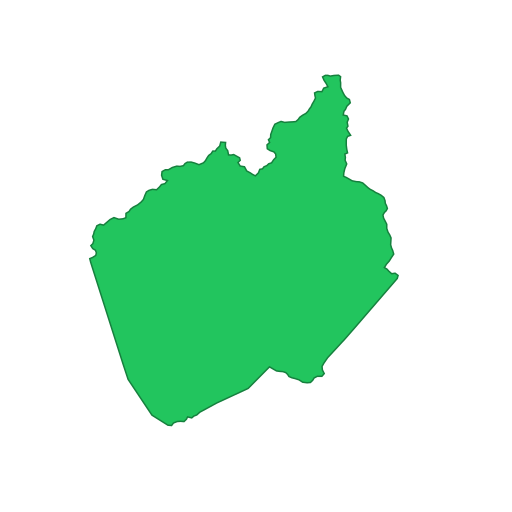 Piritiba, Bahia, Brazil (Albers equal-area conic projection), rotated 316°
{"feature_id": "56859067B29838999059805", "entity_name": "Piritiba", "entity_type": "district", "adm_level": 2, "iso_a3": "BRA", "parent_name": "Brazil", "parent_adm1": "Bahia", "projection": "albers", "projection_center": [-40.538, -11.695], "detail": "fine", "context": "isolated", "style": "filled", "palette": "green", "viewbox_px": 512, "rotation_deg": 316, "n_neighbors": 0, "source": "geoboundaries", "source_scale": "gbopen_adm2", "svg_char_len": 3183}
<svg xmlns="http://www.w3.org/2000/svg" viewBox="0 0 512 512"><g transform="rotate(316 256 256)"><path d="M156.8,125.9L154.4,127.5L152.0,128.5L150.4,132.0L147.2,133.8L144.4,133.8L143.7,137.3L144.5,140.3L143.4,142.8L141.1,144.3L137.3,143.5L134.6,142.4L132.7,145.7L85.4,241.2L78.3,255.9L70.6,298.2L75.1,316.5L77.5,319.3L80.6,318.8L84.3,320.3L86.9,322.5L89.2,325.1L92.6,325.1L95.0,324.2L97.3,327.8L100.2,328.0L103.0,329.2L107.0,329.3L125.5,334.4L158.4,345.8L188.7,345.1L189.7,348.7L190.9,352.9L193.1,355.7L195.0,357.8L196.4,360.5L196.5,363.1L196.0,365.6L197.2,368.5L198.9,371.2L200.9,374.9L201.9,379.2L204.7,382.7L207.3,384.8L210.4,384.8L213.1,384.1L216.5,385.1L219.8,388.3L223.4,388.0L224.6,384.1L226.8,381.3L230.5,380.2L236.9,378.9L248.0,378.3L258.0,377.7L260.7,377.6L277.3,376.2L342.0,370.3L344.7,368.7L344.1,365.0L341.3,363.0L341.0,359.2L341.1,356.4L340.3,353.5L344.2,352.5L348.3,352.2L352.3,351.2L356.4,350.3L358.2,346.9L359.1,344.3L360.7,341.4L363.0,339.3L365.7,336.8L366.9,333.5L367.5,330.6L369.2,327.0L372.1,324.0L373.4,319.8L374.1,317.4L375.8,314.7L378.6,313.9L381.0,313.9L383.5,313.1L384.8,310.5L385.6,307.9L387.2,305.9L388.6,302.8L388.2,299.2L387.2,295.9L386.2,293.6L385.5,290.4L384.4,287.2L384.0,284.6L383.8,281.3L383.5,277.6L381.9,274.5L379.8,272.2L377.4,268.7L376.4,265.2L375.5,262.2L374.4,259.5L376.9,257.2L380.5,254.9L385.2,252.8L386.6,249.0L388.8,247.2L390.7,244.4L393.5,245.4L395.4,242.3L397.8,239.1L400.4,236.4L402.3,234.5L405.0,233.6L407.9,234.9L408.8,230.1L409.9,226.9L412.3,226.5L414.5,223.1L417.7,221.7L418.8,218.4L416.7,215.2L419.7,213.0L422.2,212.7L425.3,211.4L430.2,211.3L431.9,208.3L431.0,205.3L431.2,202.0L432.2,198.5L434.0,193.5L437.2,190.2L438.8,187.9L441.4,185.8L441.0,183.3L437.5,180.3L434.4,178.2L433.2,176.0L431.3,174.2L428.3,173.4L427.0,176.9L426.3,180.7L425.3,184.2L421.3,182.3L417.6,183.6L414.7,180.5L411.4,179.4L409.8,181.6L408.5,183.7L405.2,184.9L401.9,185.8L399.3,186.9L396.6,187.3L394.1,188.0L391.0,188.1L387.3,187.1L383.8,186.6L381.3,187.1L378.1,187.0L375.6,185.0L372.6,182.4L369.4,179.8L367.5,176.6L364.7,175.5L361.1,174.3L357.2,175.7L353.3,177.7L351.0,178.8L348.7,181.0L345.7,181.0L344.7,183.8L341.1,183.7L338.6,186.7L339.4,190.0L341.2,193.5L341.0,196.3L339.0,198.9L335.7,199.0L331.9,199.8L329.2,198.5L326.6,198.5L323.7,197.4L321.2,197.8L318.9,196.3L315.5,197.9L311.2,197.9L310.2,194.9L309.6,192.1L308.4,188.4L309.7,183.8L307.1,180.3L308.0,176.2L311.1,176.2L312.4,174.0L311.3,170.4L310.4,167.5L308.2,166.1L306.5,164.2L308.8,160.6L309.2,157.4L310.8,155.1L313.0,153.2L309.8,149.6L306.3,151.7L302.3,151.7L299.7,152.3L297.8,150.5L294.9,151.2L291.8,150.8L289.0,151.4L285.9,152.3L283.0,152.5L278.4,150.7L276.5,146.6L274.6,143.4L271.8,140.8L269.2,140.2L266.5,140.6L263.6,138.8L261.4,136.3L257.3,134.2L252.9,133.1L250.7,131.0L247.1,130.0L244.2,132.3L242.3,136.1L244.7,140.2L240.8,140.7L237.6,138.9L234.6,139.3L230.5,139.3L227.8,136.1L224.5,134.4L221.7,133.8L218.2,135.2L214.3,137.1L211.0,137.4L206.4,137.0L201.7,135.6L198.3,135.2L195.6,135.8L192.1,135.0L189.0,138.1L186.1,136.8L182.8,134.2L180.5,129.7L176.4,128.4L171.1,128.1L167.8,127.9L165.9,124.8L162.5,123.7L159.5,125.1L156.8,125.9Z" fill="#22c55e" stroke="#15803d" stroke-width="1.5"/></g></svg>